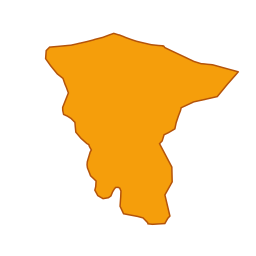 Ghubaish, North Kordufan, Sudan (orthographic projection), rotated 102°
{"feature_id": "16777658B17931705563902", "entity_name": "Ghubaish", "entity_type": "district", "adm_level": 2, "iso_a3": "SDN", "parent_name": "Sudan", "parent_adm1": "North Kordufan", "projection": "orthographic", "projection_center": [27.423, 12.292], "detail": "fine", "context": "isolated", "style": "filled", "palette": "amber", "viewbox_px": 256, "rotation_deg": 102, "n_neighbors": 0, "source": "geoboundaries", "source_scale": "gbopen_adm2", "svg_char_len": 1793}
<svg xmlns="http://www.w3.org/2000/svg" viewBox="0 0 256 256"><g transform="rotate(102 128 128)"><path d="M217.6,88.5L217.1,84.0L213.8,72.1L208.1,70.3L205.4,68.7L185.8,78.0L171.5,73.6L157.1,77.0L136.8,93.9L133.5,91.9L127.1,91.3L124.1,87.4L119.1,82.0L112.8,82.0L105.7,81.2L100.1,80.3L97.1,80.2L88.8,69.2L83.7,58.0L78.7,47.2L64.4,39.8L52.5,33.1L51.0,32.3L50.6,32.1L50.3,32.0L50.2,31.9L50.1,32.0L49.8,36.9L49.8,37.0L49.6,40.9L49.6,41.0L49.3,46.0L49.2,48.1L49.0,50.8L49.0,51.1L48.6,57.8L48.6,58.5L48.7,59.7L48.7,59.8L49.1,62.9L49.5,67.0L49.9,69.8L49.2,77.3L43.9,99.7L43.2,102.7L42.4,105.9L41.7,108.7L40.4,110.2L40.6,111.1L40.4,111.2L40.7,113.6L40.9,114.8L41.7,122.4L41.7,122.6L41.7,124.5L41.6,128.2L41.6,129.3L41.5,133.7L41.4,137.5L41.1,140.6L40.6,144.8L40.2,147.3L40.2,147.6L40.1,148.0L40.1,148.4L39.4,151.9L39.0,154.7L38.9,155.1L38.8,155.4L38.8,155.7L38.9,156.3L38.5,160.4L38.5,160.5L38.4,161.6L40.9,165.7L43.4,169.6L44.6,171.5L48.3,179.0L48.7,179.6L49.0,180.1L52.0,186.1L54.7,191.9L54.8,192.0L55.1,192.9L56.7,196.2L58.4,200.0L58.7,200.5L59.0,201.4L59.9,204.4L60.3,205.6L62.6,213.0L65.2,221.5L65.4,221.6L69.3,224.1L77.3,223.0L83.2,216.6L89.8,208.4L93.0,201.9L98.3,198.7L101.0,196.8L106.1,193.6L121.4,196.2L124.4,195.5L128.1,193.8L129.0,189.7L130.5,185.7L133.5,181.1L137.8,179.8L142.9,178.2L147.9,171.8L149.6,168.8L151.7,165.1L151.9,164.6L152.2,163.5L152.4,162.9L154.1,161.9L157.1,159.3L159.5,160.0L163.3,160.3L166.9,160.6L169.5,160.8L172.5,160.4L175.4,159.4L178.2,157.5L182.5,154.7L186.5,148.2L191.9,147.4L195.7,147.5L200.4,143.5L202.3,137.7L200.3,132.7L198.0,130.6L193.6,129.8L190.5,128.7L188.7,127.7L188.1,125.3L188.5,123.6L191.1,121.8L196.9,120.8L206.2,119.5L212.8,114.5L212.7,109.1L212.5,100.2L212.8,94.6L216.5,89.1L217.6,88.5Z" fill="#f59e0b" stroke="#b45309" stroke-width="1.5"/></g></svg>